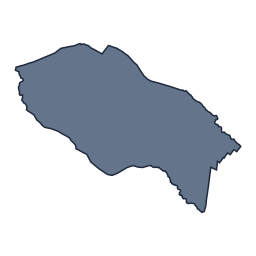 outline of Nealtican, Puebla, Mexico
{"feature_id": "50627088B48552785623395", "entity_name": "Nealtican", "entity_type": "district", "adm_level": 2, "iso_a3": "MEX", "parent_name": "Mexico", "parent_adm1": "Puebla", "projection": "albers", "projection_center": [-98.437, 19.058], "detail": "fine", "context": "isolated", "style": "filled", "palette": "slate", "viewbox_px": 256, "rotation_deg": 0, "n_neighbors": 0, "source": "geoboundaries", "source_scale": "gbopen_adm2", "svg_char_len": 5719}
<svg xmlns="http://www.w3.org/2000/svg" viewBox="0 0 256 256"><path d="M108.5,45.5L105.0,49.9L103.3,52.3L102.1,53.9L94.1,49.5L91.5,48.1L90.6,47.8L89.5,46.4L88.3,45.9L87.8,45.3L86.5,45.3L85.8,44.7L85.0,44.6L84.4,44.2L83.4,43.9L82.5,44.1L81.2,44.6L80.4,43.6L78.6,44.0L74.0,45.9L70.4,46.4L67.3,47.1L63.8,47.7L60.8,48.4L54.7,53.1L32.5,62.3L29.0,63.2L25.3,64.6L23.3,65.3L21.8,65.5L19.6,66.1L18.7,66.6L17.5,66.7L16.9,66.9L16.0,67.2L16.1,67.4L16.1,68.1L16.0,68.4L15.6,68.9L15.5,69.4L15.4,69.7L15.4,69.9L15.4,70.1L15.7,70.4L16.2,70.6L16.6,70.8L19.0,71.8L19.0,73.2L19.5,75.1L20.2,75.7L20.5,76.7L20.7,77.6L20.9,78.1L22.0,78.4L22.6,78.9L22.9,79.2L23.3,80.2L23.0,80.9L20.0,82.5L19.4,83.3L19.4,84.2L19.4,85.0L19.3,85.5L18.7,86.5L18.6,87.1L18.4,87.7L18.6,88.4L18.8,89.0L18.8,89.5L18.9,90.0L19.2,91.1L19.5,91.5L19.7,92.4L19.5,92.6L19.4,93.0L19.3,93.4L19.4,94.2L19.9,95.1L20.5,95.4L21.2,95.2L21.7,94.8L22.0,94.9L22.5,95.1L22.7,95.7L22.4,98.1L22.0,99.6L21.9,100.5L23.0,101.4L23.3,102.1L23.4,102.7L24.6,103.3L25.4,104.0L26.1,104.9L26.4,105.6L26.9,106.7L26.9,107.9L26.6,108.8L26.5,109.2L26.5,109.5L26.9,110.3L29.6,112.0L33.9,114.9L35.3,117.3L36.6,119.8L40.5,123.1L42.0,125.2L44.7,127.3L47.4,127.9L50.5,128.5L54.5,129.9L58.1,131.3L62.0,133.7L66.7,136.2L69.8,138.2L70.7,140.1L73.6,143.0L75.5,145.0L76.2,149.1L78.1,149.7L83.3,152.7L86.7,154.2L90.9,162.1L95.4,165.8L99.0,168.8L107.4,174.4L112.0,175.4L117.0,173.5L121.1,171.1L127.1,167.5L133.1,165.6L138.1,167.1L142.7,167.5L148.2,165.9L150.9,165.5L151.2,165.9L151.5,166.0L151.8,166.4L152.0,166.5L152.8,167.1L153.0,167.1L153.5,167.2L154.1,167.4L154.4,167.4L156.5,167.2L157.1,167.2L157.5,167.3L157.9,167.7L158.4,167.7L159.0,167.5L159.2,167.4L159.4,167.8L160.1,168.6L160.7,169.0L161.7,169.8L162.1,170.1L162.3,170.3L162.5,170.6L163.1,170.7L163.5,170.8L163.9,171.1L164.1,171.2L164.5,171.2L164.9,171.0L165.0,171.3L165.5,171.4L167.2,173.8L167.6,175.0L167.8,175.4L168.0,176.0L167.9,176.2L168.1,176.6L168.5,177.0L169.2,177.2L169.4,177.5L169.5,177.7L169.8,178.4L170.1,179.3L170.4,179.8L170.4,180.1L170.3,180.7L170.2,181.2L170.4,181.7L170.6,182.2L171.0,182.6L171.3,182.6L171.7,182.6L171.8,183.6L172.0,183.8L172.5,184.0L173.2,184.3L173.4,184.5L173.9,184.9L174.1,184.9L174.3,185.0L174.6,184.5L175.0,184.7L175.7,185.2L176.5,185.5L176.8,185.6L177.0,185.7L177.1,185.9L177.2,186.1L177.4,186.2L177.5,186.4L177.5,186.8L177.5,188.5L177.6,188.8L177.8,189.0L178.2,189.3L178.5,189.4L179.6,189.6L179.8,189.7L180.0,190.0L180.6,191.2L180.6,191.3L180.5,191.5L180.4,191.7L180.0,192.2L179.7,192.4L179.4,192.8L179.4,193.0L179.6,193.4L179.7,193.6L179.3,194.3L179.5,194.6L180.2,195.3L180.4,195.3L181.5,195.2L181.8,195.2L182.0,195.4L182.1,195.5L182.1,196.2L182.1,196.8L182.6,197.5L182.9,198.3L183.5,198.8L184.1,198.7L184.7,198.6L185.5,198.8L185.9,199.0L186.3,199.6L186.3,200.0L186.5,200.5L186.4,200.9L186.4,201.5L186.3,202.0L186.7,202.6L186.9,203.0L187.4,203.3L188.3,203.4L188.8,203.5L189.4,203.5L190.0,203.4L190.8,203.1L191.1,203.1L191.4,203.1L191.7,203.1L191.9,203.2L192.1,203.3L192.3,203.4L193.5,203.4L193.8,203.5L194.2,203.7L194.3,203.9L194.6,204.2L195.3,205.3L195.8,206.0L196.0,206.1L196.4,206.4L196.5,206.6L196.7,206.8L196.9,207.4L197.2,208.0L197.4,208.5L197.5,208.9L197.8,209.1L198.1,209.2L198.4,209.3L198.8,209.4L199.0,209.6L199.4,210.2L199.7,210.5L200.0,210.9L200.2,211.1L200.7,211.3L201.1,211.6L201.3,211.8L201.6,212.3L201.8,212.4L202.0,212.4L202.5,211.8L202.7,211.7L203.1,211.6L203.3,211.6L203.9,211.8L204.0,211.4L204.3,211.1L204.4,210.9L204.6,210.2L205.7,206.3L205.9,205.1L206.5,199.3L206.5,199.0L206.6,198.6L206.7,197.7L207.1,195.2L208.6,184.8L209.7,175.8L209.9,174.1L210.3,171.7L210.7,167.3L216.5,169.9L217.5,161.4L219.6,162.8L223.3,157.6L224.0,158.1L227.6,152.9L230.2,154.7L233.6,150.0L234.3,150.0L234.5,150.0L236.8,151.6L239.9,147.4L240.4,147.2L240.4,146.8L240.6,146.2L240.4,145.8L239.4,145.1L239.3,144.7L239.0,144.5L238.6,144.2L238.4,144.2L237.1,143.3L236.3,142.4L235.6,141.6L234.9,140.9L234.4,140.1L234.1,139.4L233.7,139.0L233.3,139.0L232.6,139.4L231.9,139.4L231.2,139.0L231.1,138.9L231.0,138.7L231.0,138.3L230.8,138.1L230.5,137.8L230.4,137.0L230.2,136.5L230.0,135.9L229.6,135.6L229.3,135.1L229.2,135.0L228.6,135.1L228.2,134.9L227.8,134.7L227.5,134.6L226.8,134.3L226.2,134.1L225.9,133.8L225.5,133.5L225.2,133.2L225.0,132.9L224.7,132.4L224.0,132.0L223.8,132.0L222.9,132.4L222.6,132.4L222.0,132.3L221.7,132.0L221.4,130.6L221.4,130.2L221.5,129.9L221.6,128.8L221.5,128.0L221.0,127.2L220.5,126.8L220.1,126.6L219.2,126.5L218.9,126.6L218.5,126.7L218.4,126.3L218.3,125.8L218.2,125.3L217.9,124.9L217.6,124.7L217.3,124.5L216.4,124.5L216.2,124.4L216.1,124.2L215.9,123.9L215.2,123.6L214.9,123.3L214.7,122.8L214.6,122.3L214.7,122.0L215.5,120.9L215.6,120.5L215.6,120.1L215.8,119.7L216.2,119.6L216.7,119.6L217.0,119.5L217.5,119.2L217.8,118.7L217.8,118.4L217.4,117.7L217.1,117.1L216.8,116.1L216.6,115.7L216.2,115.5L215.8,115.5L215.4,115.7L214.6,115.8L213.5,115.6L213.0,115.4L212.6,115.1L212.2,114.8L211.5,113.9L211.3,113.7L210.7,113.4L210.6,113.0L210.2,112.6L209.4,112.2L208.9,112.1L208.3,111.7L207.3,110.9L206.4,110.0L205.7,109.4L205.4,109.0L205.2,108.5L204.9,108.1L204.5,107.5L203.9,106.9L203.3,106.4L202.9,106.1L202.6,105.9L202.4,105.4L202.2,104.8L201.0,103.5L200.4,103.0L199.7,102.4L199.1,102.1L198.2,101.9L197.2,101.5L195.2,100.2L194.2,99.5L193.7,98.9L193.0,98.6L192.4,97.3L192.0,96.7L191.6,96.3L191.0,95.3L189.9,94.5L189.2,94.1L188.6,93.7L188.3,93.0L188.1,92.7L187.0,91.8L186.7,91.3L186.3,91.0L185.7,90.7L184.6,91.4L184.0,91.2L183.5,90.5L182.6,90.0L181.4,90.3L181.2,90.2L177.1,88.8L172.7,87.3L160.1,83.5L151.1,81.1L147.3,79.1L144.0,75.9L140.4,70.5L136.9,64.9L133.5,62.0L130.3,58.3L128.2,55.9L122.1,51.5L119.4,49.8L116.7,48.2L113.3,47.2L110.5,46.1L108.5,45.5Z" fill="#64748b" stroke="#1e293b" stroke-width="1.5"/></svg>